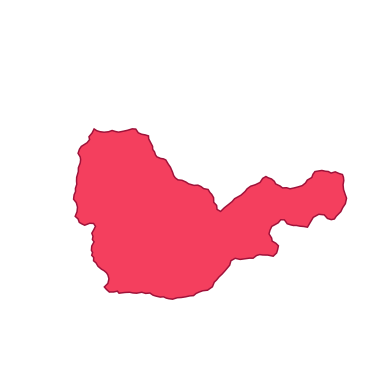 the district of Quintana, São Paulo, Brazil, rotated 51°
{"feature_id": "56859067B922680571426", "entity_name": "Quintana", "entity_type": "district", "adm_level": 2, "iso_a3": "BRA", "parent_name": "Brazil", "parent_adm1": "São Paulo", "projection": "equal_earth", "projection_center": [-50.363, -22.077], "detail": "fine", "context": "isolated", "style": "filled", "palette": "rose", "viewbox_px": 384, "rotation_deg": 51, "n_neighbors": 0, "source": "geoboundaries", "source_scale": "gbopen_adm2", "svg_char_len": 2767}
<svg xmlns="http://www.w3.org/2000/svg" viewBox="0 0 384 384"><g transform="rotate(51 192 192)"><path d="M137.4,298.1L141.2,297.5L144.7,298.7L147.4,297.7L150.3,296.3L151.9,291.2L154.5,288.3L157.9,288.6L159.4,291.8L161.0,295.8L164.2,296.9L166.2,299.3L169.1,299.5L170.9,303.9L174.0,306.9L176.4,307.3L178.1,309.8L181.0,309.6L183.5,311.8L186.7,311.2L190.6,311.8L194.8,311.0L198.0,309.8L201.0,309.3L203.6,309.6L207.2,311.2L210.1,314.9L210.6,319.9L213.9,319.8L217.7,319.2L220.4,315.8L222.1,312.4L224.7,312.4L227.9,307.3L230.7,303.5L233.2,301.5L235.8,298.7L238.3,294.1L241.7,291.8L244.0,288.3L247.7,287.2L250.4,285.4L253.7,282.8L255.5,280.1L258.2,278.8L260.3,277.2L263.1,274.5L264.9,270.0L267.2,266.8L269.4,263.0L271.4,259.0L273.5,256.0L273.4,252.7L274.2,249.6L275.5,245.8L278.1,241.7L278.5,235.8L276.1,231.5L275.8,228.2L275.0,224.5L274.7,220.2L274.0,215.9L272.6,208.8L269.9,205.0L270.7,200.2L274.7,197.0L277.2,192.9L279.7,188.8L281.9,186.2L282.0,181.8L283.2,178.8L285.7,176.4L288.6,172.9L293.0,169.3L292.6,164.6L290.8,161.9L288.2,158.7L284.6,159.1L280.6,160.6L277.9,159.1L273.0,158.5L270.8,155.5L268.9,151.6L269.6,148.0L270.2,144.4L269.4,140.5L271.8,137.7L276.6,138.0L279.9,135.8L281.9,134.2L283.7,131.9L286.5,129.6L289.3,126.7L292.0,124.4L289.9,118.9L288.0,113.7L289.1,107.5L293.0,103.6L297.8,103.4L301.1,101.2L302.6,98.3L301.6,95.2L300.9,88.7L299.0,84.7L297.6,80.2L294.1,75.8L290.6,74.6L285.5,72.7L281.5,70.1L278.7,66.9L275.8,65.0L273.1,64.1L270.3,66.0L266.5,68.0L264.8,72.0L261.8,73.2L259.9,75.2L257.0,77.5L255.3,80.4L253.5,83.6L254.3,86.7L256.1,89.8L255.3,94.9L256.4,98.1L256.4,102.4L254.6,106.8L253.1,110.1L251.2,113.8L248.2,115.8L245.8,119.1L242.7,119.8L240.5,120.9L238.3,121.9L235.5,121.3L231.9,122.0L228.8,123.9L226.5,124.8L225.9,128.5L227.4,133.1L226.2,138.2L224.4,142.8L224.2,147.1L225.0,150.4L225.3,155.8L224.7,159.3L224.0,163.1L224.7,166.8L224.7,170.9L224.6,176.7L225.1,182.0L221.3,183.5L217.9,181.3L213.7,181.6L210.0,178.8L206.3,178.2L203.6,178.4L200.2,177.9L196.7,180.8L193.4,181.6L190.4,183.1L188.1,186.3L183.5,189.5L180.3,190.5L176.6,192.4L173.7,195.3L170.4,196.1L167.7,195.9L164.2,194.6L159.2,193.2L155.4,192.9L150.6,192.2L148.3,193.3L146.1,195.3L142.5,197.2L140.1,197.0L137.3,195.9L134.1,195.7L131.7,193.9L126.7,192.9L123.4,192.2L121.0,190.5L118.2,192.4L115.4,194.8L112.2,196.5L107.7,196.1L105.3,198.7L103.5,203.2L101.5,207.2L99.2,211.5L96.7,213.5L93.9,215.4L92.7,218.9L90.2,222.7L87.3,225.5L84.5,227.4L81.4,228.4L83.3,232.6L84.2,237.3L86.8,238.6L87.7,242.5L87.3,246.0L86.9,249.3L87.9,252.5L90.2,256.2L94.4,256.8L96.8,258.2L99.1,260.6L101.7,265.1L104.6,267.5L108.0,272.4L110.9,274.9L113.5,276.7L115.8,280.3L118.4,282.3L120.0,285.4L123.1,288.6L127.4,288.6L131.7,290.5L135.0,293.8L137.4,298.1Z" fill="#f43f5e" stroke="#9f1239" stroke-width="1.5"/></g></svg>